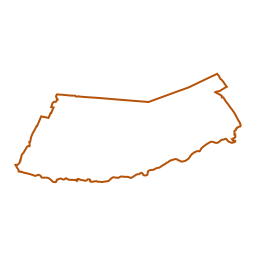 Bilca, Suceava, Romania
{"feature_id": "2599482B24007867343971", "entity_name": "Bilca", "entity_type": "district", "adm_level": 2, "iso_a3": "ROU", "parent_name": "Romania", "parent_adm1": "Suceava", "projection": "natural_earth1", "projection_center": [25.771, 47.929], "detail": "fine", "context": "isolated", "style": "outline", "palette": "amber", "viewbox_px": 256, "rotation_deg": 0, "n_neighbors": 0, "source": "geoboundaries", "source_scale": "gbopen_adm2", "svg_char_len": 5749}
<svg xmlns="http://www.w3.org/2000/svg" viewBox="0 0 256 256"><path d="M235.2,141.7L235.3,141.1L235.3,140.9L235.2,140.8L235.0,140.7L234.7,140.8L234.3,140.9L234.0,140.9L233.7,140.8L233.5,140.7L233.1,140.3L232.8,140.3L232.5,140.0L232.5,139.8L232.3,139.5L232.8,139.6L233.0,139.5L233.1,139.3L233.3,139.0L233.4,138.7L233.4,138.3L233.5,138.3L234.3,138.0L234.5,137.9L234.9,137.4L235.3,137.1L235.3,134.6L234.4,134.6L234.5,132.6L234.4,131.7L234.3,131.2L235.3,130.4L235.9,129.9L235.9,129.6L236.0,129.4L235.9,129.2L237.0,128.1L236.8,127.9L237.0,127.6L237.5,127.4L237.8,127.3L239.1,126.7L239.4,126.7L240.1,126.5L240.5,125.9L240.6,125.1L240.6,124.7L240.2,124.0L240.1,123.6L240.0,123.3L239.9,122.8L239.8,122.6L239.6,122.4L239.4,122.0L238.1,119.9L236.5,116.8L235.7,115.3L234.9,113.9L234.8,113.6L232.7,110.5L232.3,109.9L231.7,109.2L230.1,107.1L229.4,106.1L229.2,105.9L227.2,103.0L226.9,102.7L226.7,102.5L226.4,102.1L226.1,101.8L225.9,101.6L225.6,101.2L225.4,100.7L223.7,98.1L223.5,97.5L223.1,97.3L221.8,97.4L221.6,96.3L221.6,95.6L219.3,94.3L215.2,92.2L215.4,92.0L215.9,91.8L219.5,91.0L220.1,90.8L221.9,89.6L224.4,88.1L225.9,87.2L226.6,86.9L226.8,86.8L226.2,86.1L226.0,85.7L225.5,85.1L224.0,82.8L222.1,80.3L221.6,79.8L220.7,79.1L220.0,78.4L219.8,78.0L219.1,76.2L217.8,74.6L217.2,73.8L200.1,81.9L188.9,87.3L181.8,89.9L181.6,89.9L148.5,102.0L125.8,100.2L107.7,98.7L96.6,97.8L85.9,97.1L78.9,96.5L78.7,96.3L77.5,96.5L76.1,96.6L75.7,96.3L75.3,95.8L72.9,95.6L71.4,95.6L70.2,95.5L68.9,95.4L68.0,95.3L66.6,95.2L65.2,95.0L64.1,94.9L57.0,94.4L56.5,95.2L56.1,95.9L56.0,96.1L56.0,96.4L56.5,97.3L56.6,97.8L56.6,98.4L56.8,98.9L57.3,99.2L57.7,99.4L57.7,99.7L57.1,100.1L56.6,100.8L56.2,101.3L56.0,101.7L55.8,101.8L55.5,101.9L54.7,101.8L53.9,101.9L53.5,102.3L52.9,102.8L52.6,103.0L52.3,103.8L52.2,104.0L51.7,105.6L51.2,107.1L53.5,107.4L51.2,113.0L50.7,112.9L48.5,117.9L46.7,117.5L41.2,116.4L38.7,122.3L37.0,126.2L36.6,126.1L34.3,130.5L33.2,132.4L32.5,133.7L31.8,135.4L30.9,137.8L30.8,138.5L30.4,140.8L30.2,141.8L29.9,142.0L29.4,142.0L29.5,142.5L29.6,143.7L29.6,145.7L29.5,146.2L28.0,146.1L27.6,146.3L27.3,146.6L27.0,146.9L23.3,153.1L22.2,154.1L22.0,154.5L21.7,155.1L20.8,159.0L20.7,158.9L20.4,159.7L20.4,160.9L20.1,160.9L19.5,163.0L17.2,165.0L15.6,164.8L15.4,164.9L18.3,169.7L18.6,170.2L18.6,171.5L21.1,171.7L21.1,172.0L22.3,172.1L24.0,172.7L27.1,173.4L28.8,173.8L32.2,174.8L34.8,175.8L35.5,175.8L36.8,175.4L37.5,175.2L37.9,174.9L38.1,174.8L38.4,174.8L38.9,174.9L39.7,175.3L40.4,175.7L40.7,176.0L41.0,176.4L41.2,176.9L41.4,177.3L41.7,177.5L42.5,177.7L43.7,177.7L46.6,177.6L48.2,178.0L48.9,178.3L49.9,179.0L50.6,179.6L52.0,180.9L52.5,181.5L53.0,181.8L53.6,182.0L54.5,182.1L55.0,182.2L55.5,182.1L55.9,182.0L56.2,181.6L56.5,181.0L56.7,180.6L56.6,180.2L56.9,179.8L58.5,179.1L59.6,178.7L60.6,178.7L61.4,178.7L62.7,179.3L63.1,179.5L63.5,179.5L64.2,179.4L64.7,179.2L65.0,179.0L65.6,178.3L65.9,178.2L66.2,178.3L66.5,178.5L67.4,179.1L67.8,179.3L68.2,179.5L68.7,179.7L70.4,179.9L71.1,179.9L71.8,179.8L72.2,179.8L72.8,179.9L73.5,180.0L74.1,180.0L74.7,179.9L75.1,179.9L75.3,179.9L75.6,180.1L76.2,180.6L76.5,180.8L76.9,180.9L77.2,180.9L77.4,180.7L77.4,180.4L77.2,180.0L77.0,179.7L77.2,179.3L77.5,179.1L78.0,179.0L78.7,179.0L79.1,179.1L79.5,179.4L80.3,179.7L81.2,180.0L82.0,180.1L82.6,180.2L83.0,180.2L83.7,180.4L84.4,180.5L84.7,180.7L84.9,180.8L85.4,180.7L85.9,180.7L86.7,180.3L87.4,179.7L87.7,179.3L87.9,179.3L88.4,179.3L89.2,179.4L89.8,179.5L90.1,179.7L90.2,180.0L90.2,180.6L90.1,180.8L90.0,181.0L90.3,181.4L90.6,181.6L91.1,181.7L92.1,181.8L92.6,181.8L93.0,181.7L93.6,181.5L94.0,181.4L95.8,181.2L96.6,181.2L97.2,181.6L98.0,181.7L98.5,181.7L99.8,181.8L102.2,182.0L103.1,181.9L103.9,181.7L107.7,181.2L108.2,181.1L108.7,180.9L110.3,179.4L111.2,178.5L112.1,177.8L112.8,177.4L113.2,177.3L113.6,177.3L114.1,177.3L114.7,177.5L116.2,177.6L117.3,177.8L117.6,177.9L118.0,177.8L118.4,177.7L119.1,177.4L121.0,176.5L121.6,176.5L122.5,176.6L125.7,176.9L127.7,176.9L128.2,177.0L128.7,177.1L129.0,177.2L130.0,177.7L130.3,177.8L130.8,177.9L131.2,177.8L132.7,177.0L136.1,174.8L136.4,174.6L137.3,174.3L138.2,174.2L138.7,174.2L139.4,173.9L140.1,173.4L141.4,172.8L141.8,173.0L142.7,173.7L143.2,174.5L143.3,174.8L143.4,175.0L143.6,175.2L144.0,175.3L144.8,175.4L145.4,175.5L146.0,175.4L146.4,175.3L146.8,175.1L147.1,174.9L147.3,174.7L147.5,174.3L147.7,173.0L147.9,172.0L148.1,171.4L148.3,171.0L148.7,170.7L149.6,170.3L150.3,170.1L150.9,170.0L151.6,169.9L152.4,169.9L153.1,169.9L153.6,169.7L154.3,169.3L155.3,168.7L156.7,168.2L157.3,168.0L157.8,167.9L158.4,167.8L159.0,167.7L159.4,167.5L159.9,167.3L161.4,166.2L162.3,165.6L163.0,165.2L164.1,164.6L165.2,164.0L166.5,162.8L167.8,162.4L168.2,162.1L168.6,161.8L169.2,161.2L169.6,161.1L170.8,160.3L171.7,160.2L172.0,160.1L173.0,159.7L174.6,159.2L175.5,159.1L176.3,159.2L176.9,159.3L177.5,159.5L178.0,160.1L178.4,160.3L178.8,160.4L179.5,160.7L180.6,161.2L181.2,161.5L181.9,161.6L182.3,161.6L182.7,161.5L184.2,161.1L184.7,161.0L185.2,160.8L185.9,160.5L188.6,158.6L188.9,158.2L189.6,157.2L191.0,155.1L191.7,154.3L191.9,154.1L192.5,153.8L193.3,153.1L193.8,152.6L194.3,152.4L194.5,152.4L195.3,151.9L196.7,151.3L197.4,151.1L197.9,151.1L199.0,151.3L199.5,151.2L199.8,151.1L200.0,150.8L200.2,150.4L200.6,149.9L200.9,149.4L201.1,148.7L201.3,148.4L202.0,147.8L203.6,146.4L206.8,144.0L207.0,143.9L207.4,143.8L207.7,143.6L208.6,143.0L209.6,142.4L210.5,142.0L211.0,141.8L211.6,141.7L212.0,141.8L213.2,142.0L214.3,142.4L215.6,142.8L216.3,142.9L217.2,142.8L217.6,142.7L218.0,142.6L220.0,141.1L220.3,140.9L220.8,140.4L221.3,140.1L221.7,139.8L223.0,139.6L224.2,139.3L225.1,139.0L225.9,138.7L226.2,138.9L226.5,139.2L227.3,140.2L228.0,141.1L228.3,141.4L228.9,141.7L231.5,142.8L231.9,142.8L232.2,142.8L234.1,142.2L234.8,141.9L235.2,141.7Z" fill="none" stroke="#b45309" stroke-width="2"/></svg>